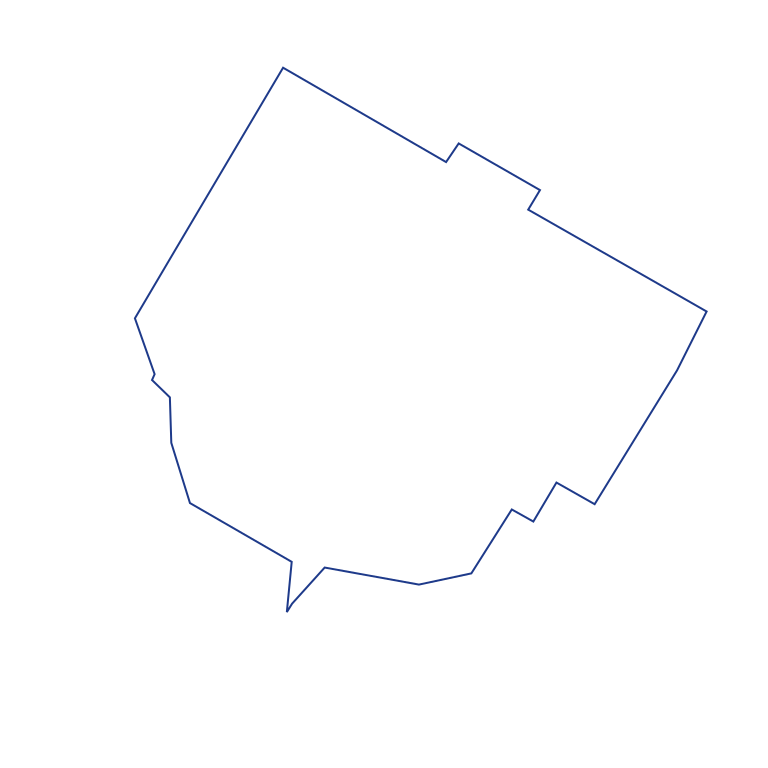 Tift, Georgia, United States of America, rotated 119°
{"feature_id": "52423323B78995174680355", "entity_name": "Tift", "entity_type": "district", "adm_level": 2, "iso_a3": "USA", "parent_name": "United States of America", "parent_adm1": "Georgia", "projection": "natural_earth1", "projection_center": [-83.491, 31.462], "detail": "fine", "context": "isolated", "style": "outline", "palette": "blue", "viewbox_px": 768, "rotation_deg": 119, "n_neighbors": 0, "source": "geoboundaries", "source_scale": "gbopen_adm2", "svg_char_len": 478}
<svg xmlns="http://www.w3.org/2000/svg" viewBox="0 0 768 768"><g transform="rotate(119 384 384)"><path d="M630.6,358.4L620.7,357.9L573.3,346.9L542.5,256.2L507.3,215.8L431.8,211.4L431.9,186.7L386.6,185.4L387.0,141.5L230.0,134.3L164.2,137.0L163.5,189.3L161.6,342.4L138.8,341.6L137.4,435.3L159.8,437.3L156.3,625.6L369.1,631.6L447.3,633.7L486.6,589.4L493.0,588.8L499.5,564.8L538.6,541.5L582.2,496.0L584.3,378.5L630.6,358.4Z" fill="none" stroke="#1e3a8a" stroke-width="2"/></g></svg>